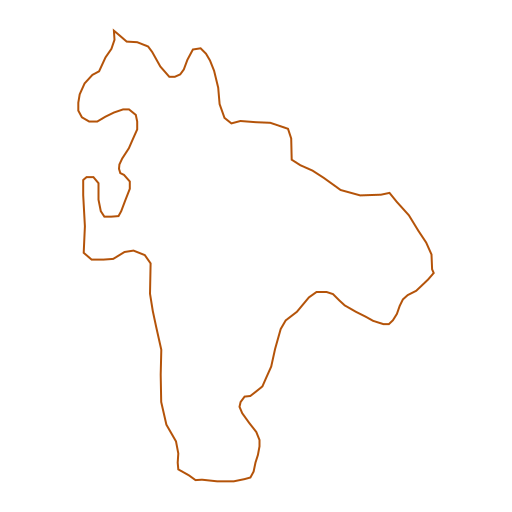 map outline of Negotino (orthographic projection)
{"feature_id": "MKD-2946", "entity_name": "Negotino", "entity_type": "Statistical Region", "adm_level": 1, "iso_a3": "MKD", "parent_name": "North Macedonia", "parent_adm1": "", "projection": "orthographic", "projection_center": [22.1, 41.501], "detail": "fine", "context": "isolated", "style": "outline", "palette": "amber", "viewbox_px": 512, "rotation_deg": 0, "n_neighbors": 0, "source": "natural_earth", "source_scale": "10m", "svg_char_len": 1869}
<svg xmlns="http://www.w3.org/2000/svg" viewBox="0 0 512 512"><path d="M83.8,252.9L83.7,252.8L84.9,226.3L83.2,195.2L83.2,180.1L83.4,179.8L86.6,177.1L93.4,177.1L98.5,183.2L98.5,199.7L100.8,211.2L104.4,216.7L110.8,216.7L118.5,216.1L121.2,211.2L125.3,200.3L129.8,188.8L129.8,181.5L124.0,174.9L120.3,173.1L119.0,168.8L119.4,164.5L122.2,158.5L128.9,148.2L132.6,139.7L137.2,129.4L137.2,121.6L135.8,114.9L129.0,109.4L123.1,109.4L114.0,112.5L105.4,116.7L97.3,121.5L89.1,121.5L81.9,117.3L78.3,110.6L78.3,102.7L79.7,94.3L84.6,83.4L92.4,74.9L99.1,71.3L105.5,57.4L111.4,48.9L114.5,39.8L113.9,30.7L116.8,33.1L126.7,41.6L137.2,42.2L148.1,46.5L152.2,52.0L160.3,66.5L169.3,76.8L174.8,76.8L180.2,74.4L183.8,69.5L187.4,59.8L192.9,49.5L200.6,48.3L206.0,53.7L210.0,60.5L214.1,70.8L218.2,87.7L219.6,104.1L224.5,117.9L231.4,123.4L240.4,121.0L255.8,122.2L270.3,122.8L288.0,128.8L291.2,138.5L291.7,159.7L300.3,165.2L312.5,170.6L323.8,177.9L340.6,190.0L360.2,195.4L381.0,194.7L389.5,192.9L396.8,201.9L408.9,215.3L418.3,230.7L426.2,242.6L431.5,254.5L432.1,269.3L433.7,273.0L428.1,279.5L416.2,290.8L407.7,295.1L402.9,299.4L399.7,305.9L396.9,313.9L392.9,320.3L388.9,324.1L383.3,324.1L373.2,320.9L365.5,316.6L355.9,311.8L344.7,305.4L339.4,300.5L333.0,294.1L326.6,292.0L316.5,292.0L308.9,297.4L296.9,311.8L285.7,320.4L280.7,329.0L275.1,348.9L271.2,366.6L266.4,377.3L262.4,386.4L257.1,390.7L250.3,396.0L244.6,396.6L240.6,402.0L239.5,406.8L242.2,413.2L249.1,422.8L256.3,432.0L259.5,440.0L259.5,446.4L257.9,455.0L255.5,462.5L253.6,471.6L250.4,477.5L244.6,479.1L233.9,481.3L216.9,481.3L202.0,479.7L195.5,480.1L189.0,475.4L178.3,469.4L177.7,462.6L178.3,453.5L176.0,441.4L166.4,424.7L161.2,402.0L160.7,374.7L161.3,349.8L156.2,327.0L152.8,311.1L150.0,293.7L150.6,263.4L144.8,255.1L133.5,250.6L124.5,252.0L113.2,258.9L103.5,259.6L91.6,259.6L83.8,252.9Z" fill="none" stroke="#b45309" stroke-width="2"/></svg>